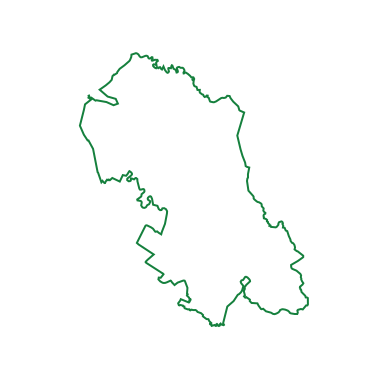 outline of Guachené, Cauca, Colombia, rotated 341°
{"feature_id": "7082276B47374862925181", "entity_name": "Guachené", "entity_type": "district", "adm_level": 2, "iso_a3": "COL", "parent_name": "Colombia", "parent_adm1": "Cauca", "projection": "mercator", "projection_center": [-76.391, 3.144], "detail": "fine", "context": "isolated", "style": "outline", "palette": "green", "viewbox_px": 384, "rotation_deg": 341, "n_neighbors": 0, "source": "geoboundaries", "source_scale": "gbopen_adm2", "svg_char_len": 6006}
<svg xmlns="http://www.w3.org/2000/svg" viewBox="0 0 384 384"><g transform="rotate(341 192 192)"><path d="M125.5,69.3L125.0,69.4L126.8,71.7L119.4,74.3L116.5,79.2L107.6,92.8L108.4,102.6L110.1,109.3L110.9,109.5L112.5,119.0L109.2,142.6L109.5,143.1L109.5,153.3L111.0,152.3L111.7,154.2L112.3,155.1L112.7,155.2L113.8,154.0L115.7,152.7L116.3,153.4L117.2,153.1L117.5,153.3L117.6,153.9L118.2,154.1L121.2,152.8L127.1,158.6L132.1,153.5L135.0,155.2L136.7,154.2L139.1,152.2L139.6,151.9L139.9,152.2L141.0,153.9L141.2,155.1L140.9,155.9L139.6,156.7L136.0,157.9L135.0,158.5L134.6,159.7L135.6,161.2L136.8,161.5L137.6,161.4L138.0,161.0L138.6,159.3L139.4,159.6L141.3,161.2L143.1,160.4L143.7,160.6L144.5,161.9L143.9,164.1L143.3,171.5L143.5,172.7L144.3,173.1L146.7,173.3L147.3,173.6L147.6,174.6L147.3,175.8L146.7,176.5L143.6,177.7L142.7,179.5L142.1,179.9L137.8,181.2L137.7,182.2L140.6,183.8L141.1,184.7L141.0,185.7L139.6,188.1L139.9,189.8L140.5,190.8L141.7,191.5L143.0,191.5L143.8,191.2L145.3,189.9L147.3,189.6L147.8,189.3L149.2,187.8L149.4,187.0L147.9,185.0L147.9,184.0L148.5,183.1L150.1,182.4L151.1,182.4L151.8,183.1L152.0,185.5L151.1,191.4L154.8,193.8L155.0,197.3L156.0,198.8L157.3,199.1L158.7,197.8L160.5,198.3L161.8,199.8L162.2,202.1L161.3,204.2L156.1,213.3L150.7,219.7L149.1,222.0L147.3,219.8L146.2,217.9L144.7,217.8L144.3,217.5L143.2,214.0L141.8,212.1L139.2,209.5L138.4,208.8L137.7,208.6L137.0,208.8L123.3,222.2L124.4,224.2L135.5,238.6L128.0,241.6L125.6,242.8L125.3,243.2L125.6,244.0L138.2,260.0L138.3,260.5L134.5,262.9L132.7,262.1L131.8,263.7L132.9,266.2L134.6,268.2L135.6,268.8L137.0,269.2L138.9,269.2L142.9,268.8L143.2,269.1L143.7,271.0L145.2,274.3L148.9,273.0L155.0,272.9L156.1,273.4L156.3,274.0L156.5,281.1L154.1,286.7L154.6,287.3L153.5,288.3L154.8,290.9L154.8,292.0L155.6,292.6L155.6,293.4L154.1,294.8L153.8,294.2L152.9,295.3L146.5,289.7L145.4,290.9L142.7,292.7L142.7,294.7L143.1,295.1L144.3,295.1L146.5,296.5L146.4,297.1L147.5,297.8L147.2,298.6L147.2,299.5L149.9,301.7L151.1,301.9L151.5,302.3L151.4,303.0L151.9,303.4L153.3,303.1L154.6,304.0L156.8,304.7L157.6,305.5L158.2,307.2L161.1,309.5L162.4,311.9L161.8,312.9L162.0,313.4L164.4,316.9L166.1,317.6L166.3,319.7L167.4,321.9L166.2,322.2L166.0,322.7L166.2,323.1L167.3,323.6L167.3,324.2L166.9,324.5L167.0,325.0L170.0,325.1L170.6,326.2L171.0,326.4L171.9,325.1L172.6,324.9L173.2,325.9L173.1,326.9L173.8,327.5L174.8,327.3L175.6,325.9L176.2,325.7L176.5,326.8L178.5,328.2L179.0,328.0L178.7,326.3L179.1,325.6L188.1,311.8L195.8,308.7L201.8,304.1L203.2,303.9L205.6,302.8L207.3,301.4L210.0,297.5L208.8,294.3L208.8,292.7L210.0,291.7L211.7,291.8L214.5,289.7L215.4,289.7L216.6,290.8L217.7,293.1L218.0,294.4L217.8,295.4L212.9,297.6L209.9,300.0L210.4,300.8L208.7,302.7L208.4,306.9L207.2,307.6L207.9,309.2L208.5,309.4L209.1,309.1L211.7,312.6L211.1,313.9L212.2,316.3L217.6,318.6L217.9,321.0L219.1,325.0L219.7,325.5L221.3,325.6L223.1,328.9L227.4,331.8L229.0,333.7L230.4,334.4L232.4,334.4L234.6,334.0L235.9,333.3L236.9,332.3L239.1,332.2L239.9,332.5L241.9,333.6L244.0,335.4L245.0,337.1L245.1,338.0L245.9,338.9L249.4,340.8L251.8,341.6L252.7,340.6L253.1,338.3L253.9,337.9L256.9,338.1L258.5,339.1L263.0,336.4L264.2,336.8L265.0,336.0L267.0,330.0L266.3,329.1L265.2,328.7L265.3,327.0L263.0,322.2L263.3,320.1L262.8,319.4L263.1,318.3L262.8,317.7L263.3,316.7L266.4,315.5L267.6,314.5L267.0,312.4L266.8,310.2L267.2,309.4L267.1,308.0L268.0,306.4L267.8,304.8L265.2,300.4L261.7,297.2L261.3,296.0L261.6,294.2L262.0,293.2L269.6,291.7L275.4,290.0L276.0,289.7L276.4,288.4L272.5,282.4L271.8,282.0L270.3,279.7L271.4,277.9L271.6,275.4L271.0,273.4L270.0,272.6L269.3,270.3L269.6,268.9L269.2,265.2L269.3,260.0L268.1,258.9L267.9,256.0L266.4,255.2L267.3,253.6L267.1,251.6L267.7,251.3L267.8,250.2L267.5,249.4L266.9,248.9L264.5,248.9L263.5,249.8L263.0,251.1L260.8,252.5L259.7,252.7L255.3,250.7L255.1,250.4L255.3,249.5L254.2,249.2L254.8,248.0L253.8,246.3L254.1,245.1L253.3,244.3L253.3,243.8L253.9,243.0L253.7,242.5L253.1,241.6L251.4,240.3L251.4,239.8L251.8,239.3L251.8,238.0L252.3,237.1L252.9,236.6L254.2,236.4L254.6,235.7L253.6,234.0L253.4,232.8L254.4,230.8L253.3,228.3L253.8,226.4L253.7,225.6L252.2,223.7L250.7,222.7L249.9,221.6L248.5,219.2L248.2,218.2L248.7,216.6L248.6,215.8L245.8,209.1L247.6,199.5L248.8,197.2L249.6,196.7L250.7,193.4L254.1,187.5L252.2,186.2L251.2,185.0L251.8,181.5L251.5,174.3L251.8,167.4L253.2,153.4L267.2,133.8L263.9,130.8L263.4,130.0L263.6,126.1L260.4,120.0L259.0,115.8L258.8,113.5L256.6,112.5L254.6,113.7L252.8,113.5L251.4,112.8L250.2,112.7L244.2,114.2L242.2,114.3L241.4,114.1L238.7,112.5L238.5,111.9L238.5,108.5L237.6,107.4L238.2,106.0L237.4,105.6L236.0,106.3L234.9,106.3L234.4,105.3L234.2,103.6L233.3,102.9L231.8,100.6L231.9,99.5L232.6,98.0L230.4,97.3L230.5,94.1L228.9,92.8L228.6,92.1L228.6,89.9L229.8,87.4L229.0,86.3L229.0,85.9L229.6,85.7L230.1,86.3L230.6,86.3L230.9,85.7L230.7,84.2L230.3,83.8L228.8,83.6L228.0,81.5L226.5,78.9L225.0,77.0L224.4,76.7L223.1,77.3L222.7,77.2L222.8,76.4L224.3,74.9L224.5,74.4L224.2,72.5L223.6,71.5L221.6,70.8L220.5,69.5L218.8,69.4L218.1,69.8L217.9,70.5L218.0,72.7L217.8,73.7L217.2,74.1L216.3,74.0L216.4,71.3L214.7,69.4L214.6,66.0L214.2,65.6L213.6,66.1L212.4,68.1L210.5,67.2L210.0,67.2L209.7,67.7L209.4,70.6L208.5,71.3L207.6,71.3L207.0,70.5L206.1,67.7L205.9,64.0L203.5,66.4L203.0,65.8L202.5,63.6L201.6,63.4L200.8,64.0L200.4,64.0L199.5,62.5L198.3,63.3L197.2,62.2L196.3,60.4L196.5,59.2L197.3,58.8L198.6,59.4L199.7,60.6L200.1,58.2L201.1,57.3L202.4,56.9L202.3,55.8L199.9,54.9L197.5,55.0L196.9,54.7L196.9,54.2L198.2,53.0L198.4,51.7L197.9,51.4L195.8,52.1L195.0,51.9L194.5,51.4L194.3,49.2L193.5,48.4L192.3,48.1L188.5,48.3L187.5,48.0L186.7,46.9L186.1,44.4L185.0,43.0L184.2,42.5L179.5,42.4L178.5,44.6L176.3,47.1L175.3,47.8L169.4,50.2L163.7,52.0L160.5,54.2L159.8,55.2L156.4,56.0L156.3,55.7L154.6,56.5L152.6,59.8L149.7,61.4L145.2,63.1L138.0,65.2L143.3,74.3L150.2,79.1L150.7,84.3L146.1,84.4L140.4,79.1L131.6,74.2L130.5,74.2L127.5,70.0L126.6,70.1L125.5,69.3ZM125.5,69.3L126.1,69.2L126.0,67.3L125.5,67.4L125.5,69.3Z" fill="none" stroke="#15803d" stroke-width="2"/></g></svg>